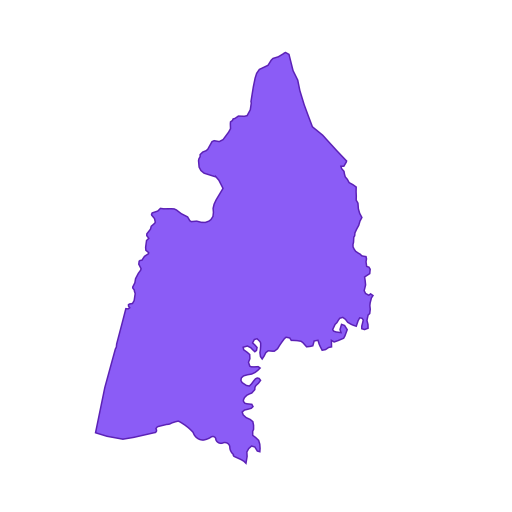 Koundara, Koundara, Guinea (Mercator projection), rotated 281°
{"feature_id": "49546643B96982587885478", "entity_name": "Koundara", "entity_type": "district", "adm_level": 2, "iso_a3": "GIN", "parent_name": "Guinea", "parent_adm1": "Koundara", "projection": "mercator", "projection_center": [-13.495, 12.338], "detail": "fine", "context": "isolated", "style": "filled", "palette": "violet", "viewbox_px": 512, "rotation_deg": 281, "n_neighbors": 0, "source": "geoboundaries", "source_scale": "gbopen_adm2", "svg_char_len": 5959}
<svg xmlns="http://www.w3.org/2000/svg" viewBox="0 0 512 512"><g transform="rotate(281 256 256)"><path d="M366.6,326.7L370.7,320.9L374.7,315.3L380.7,307.2L387.3,298.4L393.6,286.7L404.3,280.1L413.7,274.4L426.7,267.5L436.6,263.4L445.0,257.0L460.2,249.9L461.4,246.1L460.4,244.8L460.2,244.8L455.8,239.9L453.2,235.0L451.2,233.6L445.5,231.4L439.8,223.7L435.5,221.8L430.5,221.2L421.6,221.1L406.6,221.6L405.2,222.2L398.4,222.5L392.1,220.5L390.9,217.9L390.0,212.0L387.0,209.1L386.2,207.4L384.5,207.0L382.8,205.4L380.9,205.6L376.1,206.7L372.4,205.5L364.0,201.5L361.3,198.1L361.2,192.9L359.9,191.0L351.6,188.3L349.8,186.9L347.9,183.9L344.9,181.8L342.9,182.2L340.4,181.4L338.6,181.4L332.4,183.2L329.4,185.6L327.4,189.2L326.0,201.3L326.3,201.3L323.3,205.1L316.5,210.4L316.0,210.7L303.9,206.3L303.3,206.1L298.9,205.0L294.6,204.8L290.6,205.9L286.6,206.2L283.1,204.8L281.3,203.2L279.3,199.9L278.6,195.9L278.9,191.1L277.4,185.9L278.0,184.3L281.3,181.4L283.3,174.5L286.0,169.1L286.6,166.7L286.2,163.6L284.7,156.4L284.5,153.1L281.4,151.0L278.5,145.9L277.0,145.5L276.2,145.8L273.4,149.2L270.0,150.7L268.8,150.3L265.2,147.5L262.2,147.3L256.9,144.6L255.1,144.9L252.9,147.4L250.3,145.6L243.4,146.0L240.6,146.8L238.8,150.0L237.7,150.0L234.4,146.6L230.1,144.8L229.5,143.1L228.6,142.3L225.6,142.5L221.6,145.6L220.1,145.5L216.5,143.8L210.8,142.1L206.6,142.2L202.0,140.9L201.0,141.2L199.3,143.1L198.6,143.2L196.0,144.6L189.0,144.9L185.8,143.8L184.8,141.1L183.9,140.1L182.5,140.4L181.1,141.9L179.7,140.6L179.5,138.3L164.4,137.4L143.0,136.0L139.9,136.3L137.9,135.7L98.1,132.7L51.9,132.2L51.8,132.8L50.6,144.1L50.8,160.3L54.6,170.5L62.9,189.3L63.5,190.8L63.6,191.0L63.8,191.1L64.1,191.3L64.3,191.4L64.5,191.5L64.8,191.6L65.0,191.7L65.4,191.7L65.6,191.7L65.8,191.6L66.2,191.5L66.5,191.4L66.8,191.2L67.0,191.0L67.3,190.7L67.6,190.8L67.8,190.9L68.1,191.0L68.5,191.1L68.7,191.3L69.0,191.4L69.3,191.7L69.5,191.9L69.7,192.1L69.9,192.4L70.1,192.8L73.7,200.6L73.8,201.2L74.0,201.8L74.2,202.3L74.4,202.9L74.7,203.4L75.1,204.0L75.6,204.6L76.0,205.1L77.9,208.5L79.1,211.2L78.7,212.8L78.2,214.2L77.7,215.5L77.0,217.2L76.3,218.9L75.6,220.2L75.0,221.5L74.1,223.1L73.3,224.4L72.5,225.6L71.7,226.8L70.8,228.0L70.3,228.3L69.8,228.6L69.4,228.9L68.9,229.3L68.5,229.6L68.0,230.1L67.6,230.6L67.2,231.1L66.8,231.6L66.5,232.0L66.3,232.5L66.1,232.9L65.9,233.4L65.7,233.8L65.5,234.3L65.4,234.9L65.2,235.6L65.1,236.2L65.1,236.9L65.1,237.6L65.1,238.4L65.2,239.0L65.3,239.5L65.4,239.8L65.9,240.9L66.3,241.7L66.7,242.5L67.3,243.4L67.8,244.2L68.5,245.1L69.2,245.9L69.9,246.6L70.1,246.8L70.2,247.1L70.4,247.4L70.5,247.7L70.6,248.1L70.7,248.5L70.6,249.0L70.6,249.3L70.5,249.5L70.4,249.9L70.3,250.1L70.2,250.3L70.0,250.6L69.8,250.8L69.6,250.9L69.3,251.2L69.0,251.4L68.7,251.5L68.3,251.6L68.1,251.6L67.8,251.8L67.5,252.0L67.3,252.2L67.0,252.5L66.7,252.7L66.5,253.0L66.3,253.3L66.1,253.6L65.9,254.0L65.8,254.3L65.6,254.7L65.5,255.0L65.4,255.6L65.4,256.0L65.4,256.3L65.4,256.9L65.4,257.3L65.5,257.6L65.7,258.2L65.9,258.7L66.1,259.1L66.3,259.4L66.5,259.6L66.7,260.1L66.8,260.4L66.9,260.7L67.0,261.3L67.0,261.6L67.0,262.0L67.0,262.5L67.0,262.9L66.9,263.2L66.7,263.7L66.6,264.1L66.4,264.4L66.3,264.7L66.1,264.9L65.9,265.2L65.6,265.5L65.4,265.7L65.1,265.9L64.9,266.1L64.6,266.3L64.3,266.4L64.0,266.6L63.5,266.7L62.9,266.9L62.5,267.0L61.9,267.2L61.4,267.4L60.7,267.8L60.0,268.2L59.7,268.5L59.2,268.9L58.7,269.3L58.2,269.8L57.8,270.3L57.4,270.8L57.2,271.2L56.8,271.7L56.2,271.7L55.8,271.9L55.3,272.4L55.0,273.2L54.2,276.5L53.5,279.4L53.1,280.8L52.3,283.0L52.1,283.5L51.7,284.0L51.2,284.8L50.6,285.7L57.6,285.5L61.9,284.4L65.6,285.6L68.6,287.9L68.3,291.3L64.8,294.5L64.6,297.1L67.9,296.7L72.0,295.6L75.5,293.8L77.8,290.2L79.3,287.0L83.3,286.2L85.4,286.7L89.4,285.9L92.8,284.5L94.4,281.6L95.5,277.1L97.6,273.7L100.2,272.2L102.6,274.1L104.0,277.2L105.6,280.4L107.6,281.8L109.6,280.2L109.2,275.2L109.3,273.2L110.8,271.5L112.1,271.1L114.8,271.7L117.6,273.6L119.4,275.9L120.7,278.0L124.6,280.3L126.8,280.0L128.8,280.6L131.6,282.7L134.8,284.2L136.4,282.4L136.5,280.5L135.3,278.9L132.8,277.5L129.6,276.0L127.1,274.3L127.1,271.2L129.1,266.5L131.0,264.9L133.6,264.9L135.9,266.6L137.8,270.3L139.3,274.3L141.5,277.3L144.1,279.6L146.8,281.4L147.8,279.3L146.8,275.4L146.3,272.4L146.7,270.9L150.3,268.9L154.0,269.6L158.1,268.6L159.7,265.9L161.6,261.8L164.0,260.8L166.0,264.7L165.0,268.3L163.3,270.7L161.8,273.1L163.4,274.5L166.4,274.5L168.7,271.5L170.0,269.2L173.7,270.3L175.0,272.8L172.8,276.2L171.4,277.2L168.4,277.8L164.7,278.2L161.9,278.3L158.1,279.6L156.1,281.7L159.2,283.0L163.1,284.1L165.3,286.1L165.7,290.3L166.1,292.2L169.0,294.8L173.0,296.3L176.2,297.7L180.2,299.6L182.0,301.0L182.0,304.8L179.9,306.7L180.3,309.0L180.8,312.7L180.9,316.5L179.8,318.7L176.5,323.0L177.6,326.5L178.7,328.9L183.7,329.3L185.1,332.9L181.4,334.9L179.4,336.3L176.1,338.9L177.4,342.1L180.1,344.8L181.2,347.5L187.6,346.1L186.5,349.1L188.6,352.7L192.0,357.7L194.4,358.5L201.1,359.6L204.7,356.2L205.2,353.0L199.8,352.5L197.0,354.1L196.7,349.0L197.1,346.5L198.5,345.3L204.0,346.7L206.0,348.1L209.0,349.2L210.9,350.1L212.3,352.9L210.9,355.9L208.4,358.7L207.1,362.4L206.6,364.7L206.2,367.8L212.0,368.6L215.1,369.6L215.1,372.0L213.7,373.5L210.6,373.4L207.3,373.2L204.8,373.7L204.5,376.6L206.5,379.8L210.1,379.0L213.9,377.2L219.4,377.3L221.2,378.6L225.5,378.3L229.1,377.2L231.8,377.0L236.9,377.3L239.5,378.4L240.7,375.7L239.0,374.2L240.1,370.7L242.6,368.8L248.5,369.1L252.5,367.9L256.1,366.6L257.9,368.4L260.4,371.0L264.8,370.6L266.6,369.0L266.9,366.6L271.3,365.1L274.3,365.0L276.4,364.1L276.3,361.6L276.4,359.7L277.6,358.1L278.3,356.0L279.6,352.9L281.5,351.0L283.5,349.5L285.9,349.0L288.2,349.1L293.1,348.4L294.7,349.0L297.6,348.7L301.6,349.7L305.7,351.0L310.1,351.4L314.0,352.6L317.7,349.6L321.8,347.5L327.3,346.0L329.9,343.7L334.0,343.0L338.1,342.0L342.8,341.2L344.5,337.5L345.8,333.4L348.7,331.0L350.7,328.5L353.3,327.2L355.9,326.2L358.1,323.4L360.3,322.2L360.9,325.1L365.4,326.7L366.5,326.6L366.6,326.7Z" fill="#8b5cf6" stroke="#5b21b6" stroke-width="1.5"/></g></svg>